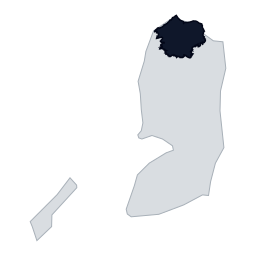 Jenin, West Bank, Palestine shown in context
{"feature_id": "87354302B37411468451868", "entity_name": "Jenin", "entity_type": "district", "adm_level": 2, "iso_a3": "PSE", "parent_name": "Palestine", "parent_adm1": "West Bank", "projection": "mercator", "projection_center": [35.215, 32.426], "detail": "fine", "context": "in_parent", "style": "filled", "palette": "ink", "viewbox_px": 256, "rotation_deg": 0, "n_neighbors": 0, "source": "geoboundaries", "source_scale": "gbopen_adm2", "svg_char_len": 5654}
<svg xmlns="http://www.w3.org/2000/svg" viewBox="0 0 256 256"><path d="M222.9,41.8L225.8,68.3L220.5,91.0L220.0,110.9L223.9,147.6L215.4,163.2L210.6,181.6L208.5,195.5L202.5,194.9L183.7,204.9L158.8,214.3L131.2,216.8L127.3,214.0L126.2,209.2L134.3,185.9L137.4,174.9L149.3,163.1L166.2,152.8L173.4,150.2L172.5,145.8L162.5,139.0L151.9,135.5L141.9,139.0L138.8,137.9L137.8,134.9L141.3,130.7L142.9,122.9L141.3,109.7L140.3,93.7L138.1,81.3L144.3,61.1L145.9,51.4L153.6,30.8L171.9,18.4L187.6,22.0L195.9,22.9L199.4,25.3L201.7,32.5L213.3,40.8L222.9,41.8ZM70.0,177.8L76.6,185.1L76.8,187.7L51.9,214.9L51.6,226.6L36.9,240.6L32.3,226.7L30.2,221.6L57.1,194.7L70.0,177.8Z" fill="#d9dde1" stroke="#a8b0b8" stroke-width="1"/><path d="M165.9,53.7L165.9,53.8L166.2,53.6L166.3,53.6L166.4,53.8L166.2,53.9L166.4,54.1L167.2,54.5L167.4,54.4L167.7,54.9L167.8,54.5L167.9,54.4L168.0,54.4L168.0,54.7L168.2,55.0L168.3,55.2L168.5,55.5L168.5,55.4L168.7,55.5L168.8,55.7L169.1,55.7L169.1,55.9L169.9,56.4L170.1,56.4L170.6,56.5L170.9,56.2L171.0,56.0L171.5,55.7L171.9,55.5L172.0,55.5L171.9,55.5L171.9,55.4L172.2,55.3L172.2,55.1L172.4,55.1L172.6,55.2L173.3,55.1L173.5,55.3L173.8,55.1L174.0,55.7L174.3,55.5L174.5,55.6L174.5,55.4L174.7,55.6L175.0,55.5L175.2,55.8L175.5,55.8L175.6,55.7L175.8,55.9L175.9,56.1L176.0,56.1L175.9,56.3L176.1,56.5L176.4,56.4L176.4,56.6L176.5,56.7L176.4,57.0L176.5,57.2L176.7,56.8L176.6,56.2L176.8,56.2L177.2,56.6L177.3,57.0L177.4,56.6L177.6,56.8L178.0,56.4L178.2,56.5L178.7,56.6L178.9,56.7L179.1,56.7L179.3,56.6L180.0,57.5L180.2,57.4L180.3,57.2L181.0,57.6L181.6,57.3L181.9,57.5L182.6,57.5L183.1,57.2L183.0,56.8L183.2,56.6L183.2,56.8L183.4,56.8L183.4,56.7L183.7,56.6L184.1,56.3L183.9,56.1L184.0,55.8L184.3,55.9L184.4,55.7L184.3,55.2L184.2,55.0L185.0,55.1L185.4,55.4L185.6,55.4L185.6,55.6L186.0,55.6L186.1,55.8L186.3,55.9L186.4,56.3L186.7,56.5L186.9,56.6L187.1,56.6L187.6,56.8L187.9,57.2L188.3,57.2L188.5,57.4L188.9,57.5L189.2,57.7L189.5,57.8L190.5,57.7L190.9,57.3L191.1,55.8L191.0,55.4L191.7,55.8L192.2,54.9L192.6,54.4L192.2,54.2L192.5,53.9L192.2,53.9L191.9,53.5L191.5,53.4L191.1,52.5L190.6,51.9L190.7,51.7L191.4,51.8L191.4,51.4L191.5,51.4L190.8,51.1L191.1,50.8L191.5,50.7L192.3,50.7L192.1,50.5L192.2,50.0L192.1,49.5L192.0,49.4L192.5,49.2L192.0,48.8L192.3,47.4L192.8,47.3L192.9,47.1L193.5,46.6L194.2,46.5L195.2,46.7L195.8,46.3L195.9,45.9L195.6,45.6L196.8,45.6L196.5,45.0L197.0,45.0L196.9,45.1L197.1,45.1L196.9,44.8L196.9,44.6L197.9,44.1L197.8,45.0L198.2,45.2L198.4,45.7L198.6,45.6L198.7,45.8L198.5,46.0L198.4,45.9L198.1,45.9L198.2,46.1L198.2,46.4L198.4,46.3L198.8,46.7L199.6,46.0L199.9,46.0L200.4,45.2L200.5,44.9L200.5,43.6L200.2,43.3L200.2,43.1L200.7,42.9L201.0,43.2L201.3,43.2L201.6,43.1L202.1,43.5L202.6,44.2L202.8,44.0L202.6,43.9L202.8,43.6L202.8,42.9L202.5,42.2L202.9,42.1L204.0,42.4L204.1,42.6L204.0,43.0L204.4,42.2L205.4,40.8L205.3,40.3L205.1,39.9L204.8,39.2L205.1,39.0L204.0,38.1L203.8,37.5L204.0,37.3L203.7,37.2L203.6,36.8L203.8,36.6L203.5,36.5L203.0,35.3L203.0,34.6L203.8,31.5L204.1,31.3L204.3,31.2L204.1,30.9L204.0,30.5L203.8,30.2L203.5,29.6L203.5,29.3L203.3,29.1L203.1,28.7L202.9,28.6L202.5,27.6L202.3,27.0L202.2,26.4L202.4,26.0L202.1,25.7L202.2,25.3L201.9,25.0L201.9,24.4L201.7,23.9L200.9,23.7L199.9,23.3L199.2,23.3L198.9,23.1L198.7,22.8L198.4,22.5L197.7,22.1L197.2,21.7L196.4,21.3L195.1,21.0L194.6,21.0L194.2,21.1L193.3,20.9L193.0,21.0L191.7,21.6L191.4,21.6L189.9,22.1L188.6,22.3L188.0,22.5L186.4,22.5L185.6,22.4L185.0,22.6L184.9,22.5L183.6,23.3L183.6,23.0L183.5,22.9L183.6,22.7L183.6,22.4L183.6,22.2L183.6,21.7L180.3,20.2L178.0,18.0L176.3,15.4L175.1,16.1L175.1,16.4L174.9,16.7L174.5,16.8L174.2,17.0L173.6,17.2L172.9,17.6L172.6,17.6L172.6,18.0L172.2,18.3L172.2,18.7L171.3,19.6L171.0,20.2L170.8,20.2L170.4,20.0L170.1,20.0L169.7,20.6L169.5,21.0L169.2,21.3L169.1,21.5L168.7,21.8L168.5,22.1L167.7,22.7L167.2,23.5L166.4,23.7L166.4,23.8L165.0,24.8L164.1,24.8L164.0,25.1L164.3,25.3L162.4,26.6L162.2,26.8L162.3,26.9L161.3,27.4L160.5,27.6L160.4,27.9L159.6,28.3L159.3,28.0L158.9,27.8L158.4,27.9L157.5,28.1L157.2,28.4L157.1,28.7L156.6,29.4L156.0,29.6L155.4,30.4L155.0,30.6L154.6,31.3L154.8,31.6L155.0,31.2L155.5,31.4L156.0,31.3L156.1,31.2L156.4,31.7L156.7,31.7L157.1,31.6L157.1,31.8L157.1,32.0L157.2,32.3L157.0,32.6L156.9,32.5L156.8,32.8L157.2,32.8L157.4,32.8L157.8,33.0L158.2,33.3L158.6,34.2L158.3,34.9L158.2,35.4L158.2,35.5L157.8,36.0L158.0,36.2L157.8,36.8L157.5,36.9L157.1,36.6L157.1,37.0L157.2,37.3L157.0,37.6L156.7,37.8L156.6,38.4L157.0,38.3L156.9,38.2L157.2,38.0L157.1,37.8L157.2,37.7L158.2,38.1L159.1,37.7L161.5,37.3L161.6,37.1L162.3,37.4L162.4,37.6L162.1,37.7L162.5,38.3L162.2,39.4L161.4,39.8L160.9,40.6L161.0,40.9L160.4,41.2L160.5,41.4L160.8,41.4L160.9,41.5L161.1,41.4L161.1,41.5L161.2,42.0L161.3,41.9L161.7,42.5L161.9,42.4L162.1,42.3L162.3,42.4L163.6,42.2L164.1,42.3L164.2,42.5L164.3,42.7L164.3,42.9L164.2,43.0L163.1,43.0L162.8,43.1L162.3,43.7L161.8,44.4L161.7,44.3L161.2,44.6L161.3,44.8L161.0,44.6L160.9,44.7L160.7,44.9L160.7,45.1L161.0,45.1L161.0,45.5L161.2,45.9L161.4,45.8L161.5,46.0L161.5,46.3L161.7,46.6L162.0,46.6L161.9,46.8L161.9,47.0L161.7,47.0L161.4,47.2L161.2,47.3L161.0,47.5L160.8,47.4L161.0,47.9L160.7,47.7L160.6,47.9L160.5,48.0L160.4,48.1L159.9,48.1L160.0,48.2L159.8,48.9L160.3,48.8L160.5,48.8L160.6,48.3L160.8,48.3L161.2,48.4L161.3,48.0L161.5,47.8L161.9,48.0L162.2,47.9L162.5,48.0L162.7,48.5L163.1,49.0L164.5,49.3L164.3,49.9L164.2,50.0L164.4,50.1L165.3,50.6L165.7,50.3L166.4,50.6L166.0,50.7L165.7,51.0L165.5,51.3L165.5,51.5L165.1,51.4L165.1,51.5L165.1,51.8L165.4,51.9L165.4,52.0L165.7,52.1L165.8,52.6L165.5,52.7L165.4,52.8L165.8,52.8L165.9,53.0L166.0,53.0L165.9,53.4L166.0,53.7L165.9,53.7Z" fill="#0f172a" stroke="#020617" stroke-width="1.5"/></svg>